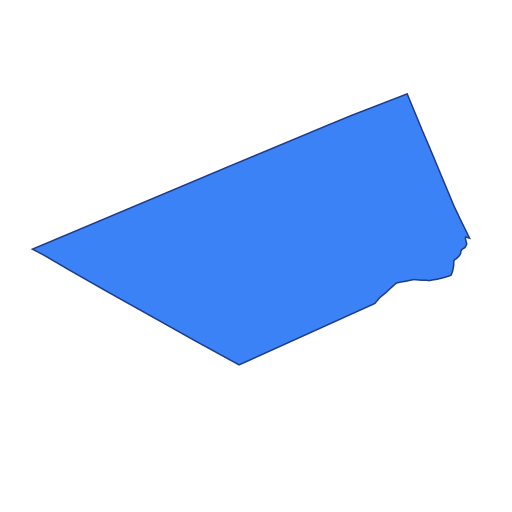 the district of Iférouane, Agadez, Niger, rotated 248°
{"feature_id": "23599985B42361363165505", "entity_name": "Iférouane", "entity_type": "district", "adm_level": 2, "iso_a3": "NER", "parent_name": "Niger", "parent_adm1": "Agadez", "projection": "equal_earth", "projection_center": [8.793, 20.451], "detail": "fine", "context": "isolated", "style": "filled", "palette": "blue", "viewbox_px": 512, "rotation_deg": 248, "n_neighbors": 0, "source": "geoboundaries", "source_scale": "gbopen_adm2", "svg_char_len": 744}
<svg xmlns="http://www.w3.org/2000/svg" viewBox="0 0 512 512"><g transform="rotate(248 256 256)"><path d="M192.5,460.7L212.9,459.2L227.8,458.3L262.4,457.9L291.8,457.6L309.6,457.2L349.7,456.9L350.6,397.0L350.4,371.1L349.2,264.3L346.1,51.3L335.9,59.9L314.5,76.4L279.7,103.9L238.9,136.7L199.6,168.2L161.4,199.5L167.5,348.4L171.1,355.2L173.5,363.0L175.4,367.7L178.3,375.9L177.7,380.1L176.5,385.4L175.2,392.9L174.0,395.6L171.7,400.1L169.7,404.9L168.3,407.3L167.5,411.6L166.6,415.0L165.6,422.4L165.2,426.5L165.1,429.6L168.4,432.7L173.3,435.8L177.2,437.5L178.2,438.9L178.4,440.6L180.1,444.7L181.6,446.6L183.8,447.8L185.0,449.6L185.6,453.1L188.2,455.9L194.0,456.7L195.1,457.5L192.5,460.7Z" fill="#3b82f6" stroke="#1e3a8a" stroke-width="1.5"/></g></svg>